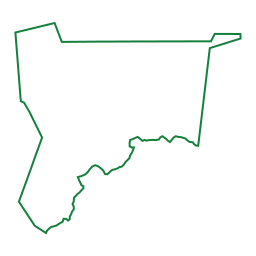 Arraial, Piauí, Brazil
{"feature_id": "56859067B29996429726150", "entity_name": "Arraial", "entity_type": "district", "adm_level": 2, "iso_a3": "BRA", "parent_name": "Brazil", "parent_adm1": "Piauí", "projection": "albers", "projection_center": [-42.507, -6.65], "detail": "fine", "context": "isolated", "style": "outline", "palette": "green", "viewbox_px": 256, "rotation_deg": 0, "n_neighbors": 0, "source": "geoboundaries", "source_scale": "gbopen_adm2", "svg_char_len": 1383}
<svg xmlns="http://www.w3.org/2000/svg" viewBox="0 0 256 256"><path d="M15.4,32.5L20.8,101.2L24.1,102.7L29.5,112.0L42.1,137.6L35.6,155.4L31.6,166.8L18.9,201.7L34.8,225.8L46.0,233.0L46.9,230.9L48.8,228.8L51.3,226.9L53.6,226.4L56.6,225.5L58.6,224.0L60.5,223.0L62.8,221.5L63.6,218.8L66.4,218.9L68.0,220.5L69.7,219.3L69.8,216.7L71.3,213.8L71.9,211.9L73.8,209.3L73.8,206.7L72.5,204.2L73.8,201.2L74.0,197.7L76.2,195.5L77.4,194.1L79.4,192.6L81.3,190.4L83.3,188.4L83.4,186.2L81.4,185.2L80.6,183.3L79.1,180.3L77.9,177.0L80.7,176.3L84.1,175.0L85.9,173.9L87.9,171.9L89.9,169.1L92.3,166.5L95.1,165.2L97.9,166.1L101.3,168.7L103.3,170.6L105.0,174.0L107.1,174.3L108.8,173.0L110.2,171.5L112.2,169.9L114.6,169.4L117.8,168.3L119.3,167.1L121.7,166.7L124.0,164.5L125.6,161.9L127.7,159.9L129.5,158.1L130.0,155.6L131.9,152.8L134.0,147.5L131.6,147.4L129.7,146.4L129.6,143.1L130.1,140.1L133.6,138.7L137.6,136.9L140.1,138.8L142.5,140.9L144.7,139.9L146.6,140.7L148.7,140.1L152.7,139.9L156.1,140.1L158.9,139.5L160.3,137.4L162.5,136.2L166.2,139.0L167.6,140.4L170.0,142.1L171.3,140.5L172.7,138.6L174.1,137.2L175.8,136.2L178.4,136.9L181.3,137.2L183.1,137.8L185.4,138.5L187.1,140.1L189.5,141.9L192.8,142.3L194.1,144.2L196.0,145.5L198.2,145.8L209.8,48.1L240.6,38.5L240.4,34.0L214.7,33.9L211.0,41.3L131.1,41.5L109.0,41.6L99.3,41.6L61.8,41.9L54.6,23.0L15.4,32.5Z" fill="none" stroke="#15803d" stroke-width="2"/></svg>